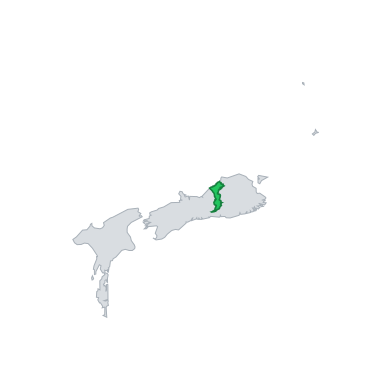 Waitaki District, Canterbury, New Zealand shown in context, rotated 212°
{"feature_id": "76426892B29825208127723", "entity_name": "Waitaki District", "entity_type": "district", "adm_level": 2, "iso_a3": "NZL", "parent_name": "New Zealand", "parent_adm1": "Canterbury", "projection": "mercator", "projection_center": [170.369, -44.682], "detail": "fine", "context": "in_parent", "style": "filled", "palette": "green", "viewbox_px": 384, "rotation_deg": 212, "n_neighbors": 0, "source": "geoboundaries", "source_scale": "gbopen_adm2", "svg_char_len": 7748}
<svg xmlns="http://www.w3.org/2000/svg" viewBox="0 0 384 384"><g transform="rotate(212 192 192)"><path d="M202.8,144.4L204.2,144.5L210.3,139.8L212.8,138.7L213.5,138.6L212.1,140.1L212.4,141.1L211.0,144.3L212.2,143.8L212.9,141.5L213.7,141.1L213.4,139.8L217.1,140.3L215.8,142.5L213.9,143.8L215.1,143.9L217.9,141.6L217.9,143.0L214.3,146.8L215.4,148.9L214.4,150.7L215.5,150.5L216.8,151.8L216.0,153.6L212.1,158.1L211.5,160.4L208.0,164.4L204.1,171.9L196.9,176.7L198.3,178.1L195.8,179.9L197.8,179.6L199.1,182.5L202.3,183.4L202.6,186.2L200.5,187.0L198.4,185.7L195.5,186.2L196.5,185.0L195.2,184.2L193.0,186.6L189.9,183.8L191.6,187.1L185.4,190.7L182.8,191.1L181.8,193.1L180.3,193.2L181.2,193.8L179.2,204.1L177.4,204.1L179.1,205.2L178.8,206.3L176.7,209.3L173.9,217.3L174.9,219.2L174.8,220.5L169.5,222.6L161.7,232.3L154.6,233.7L150.7,232.6L146.0,233.2L145.3,230.5L143.7,229.0L139.6,229.1L137.6,226.1L135.9,225.3L133.9,226.9L127.4,226.6L126.2,226.2L126.0,225.0L128.5,222.0L126.2,223.6L125.3,223.4L126.2,222.1L126.1,220.8L123.4,222.1L123.6,219.5L129.5,217.8L127.2,217.5L127.0,216.6L129.3,214.7L126.3,214.9L126.8,212.6L128.5,212.6L127.9,210.9L131.3,212.6L130.9,211.0L132.2,210.5L129.9,209.4L129.8,207.7L131.0,206.5L132.6,207.0L131.5,205.6L134.4,202.7L135.1,204.9L135.3,201.7L138.9,198.8L140.4,199.9L139.7,197.2L145.9,190.2L149.3,188.3L151.1,188.7L154.3,186.5L155.6,187.3L155.1,185.8L155.5,185.1L163.5,181.1L163.5,179.8L164.3,179.6L163.8,179.3L168.3,174.9L170.2,175.2L169.1,174.0L171.0,172.9L172.8,173.8L171.7,172.4L173.4,171.6L174.3,172.7L174.3,171.1L177.1,167.6L177.6,170.4L177.9,170.0L177.8,167.3L179.7,164.1L181.2,163.4L180.5,162.5L183.3,152.7L186.2,151.5L188.8,148.6L190.6,143.2L191.1,139.1L192.7,136.1L197.1,132.3L200.8,132.3L198.2,132.7L197.9,134.7L198.6,136.4L201.3,137.5L202.8,144.4ZM201.0,41.7L204.9,48.2L206.8,46.2L207.1,47.7L210.9,49.5L211.6,48.9L214.7,50.6L215.2,52.9L217.3,52.1L220.0,57.1L219.5,58.3L220.4,60.1L218.2,60.2L223.1,67.8L222.5,70.5L223.3,72.4L222.1,75.8L224.1,76.8L224.9,76.0L229.0,78.1L230.1,81.3L232.0,81.2L231.3,73.5L230.1,71.5L231.0,70.3L233.6,74.4L234.7,74.2L236.0,77.5L237.3,84.8L239.0,87.0L238.1,86.6L237.9,87.2L238.7,87.9L246.7,91.6L252.7,93.2L256.1,91.7L258.2,88.8L261.5,86.5L264.7,86.7L267.9,88.6L266.2,92.7L264.6,101.7L261.1,104.3L260.4,109.0L261.0,110.8L260.3,112.3L258.9,110.3L255.7,109.8L250.4,112.1L248.9,114.3L248.7,117.2L250.8,119.1L247.5,126.6L245.7,128.8L237.2,143.3L229.2,149.7L228.1,149.1L227.4,146.6L224.0,146.7L224.2,143.8L223.8,143.5L222.5,145.1L221.1,144.6L227.4,134.0L228.5,128.7L227.3,126.0L225.6,123.4L220.3,121.2L217.7,118.6L212.7,116.5L211.2,115.2L210.6,113.6L211.6,110.8L214.3,109.1L218.2,108.0L220.6,105.3L222.0,96.7L223.5,93.6L223.1,91.7L224.6,90.3L222.2,84.9L222.7,83.3L221.9,83.1L220.5,79.6L221.4,79.5L222.3,81.4L223.1,79.8L224.6,79.4L222.8,77.3L220.7,78.0L219.2,77.3L218.0,74.1L215.7,70.6L216.4,70.5L218.3,72.2L218.9,70.8L217.7,68.8L218.2,66.8L216.7,65.7L216.5,66.9L213.9,65.1L212.4,61.9L212.5,63.5L215.4,68.1L214.6,69.1L214.1,68.6L206.4,56.5L209.0,53.2L207.4,53.8L206.0,55.9L205.2,55.0L204.7,53.5L202.8,51.5L203.7,50.3L203.7,48.7L197.9,40.6L202.0,40.2L201.0,41.7ZM140.9,234.8L143.2,238.4L141.9,238.2L142.0,239.0L144.4,239.8L144.3,241.4L135.7,244.7L139.1,238.5L138.9,234.9L140.9,234.8ZM119.6,307.9L120.4,310.4L117.6,309.1L116.1,309.7L118.3,307.3L118.7,304.6L120.7,305.0L119.6,307.9ZM231.6,65.9L232.1,68.2L229.6,66.5L229.5,65.2L230.1,64.4L231.6,65.9ZM212.4,137.8L210.8,138.7L211.2,136.7L213.0,135.4L212.4,137.8ZM126.4,216.8L126.2,218.1L123.8,217.6L125.7,216.1L126.4,216.8ZM155.6,342.4L156.3,343.4L155.0,343.8L153.7,342.3L155.6,342.4ZM129.2,208.7L129.7,210.7L128.2,209.7L129.2,208.7Z" fill="#d9dde1" stroke="#a8b0b8" stroke-width="1"/><path d="M161.8,188.2L161.9,188.4L161.8,188.5L162.0,188.7L161.9,188.8L161.9,189.0L162.0,189.0L161.9,189.1L162.1,189.4L161.8,189.5L161.7,189.5L161.6,189.8L161.6,190.0L161.4,189.9L161.3,190.1L161.4,190.3L161.1,190.5L161.1,190.8L160.9,191.1L160.6,191.3L160.5,191.6L160.4,191.7L160.3,191.8L160.2,191.9L160.2,192.0L160.0,192.3L160.0,192.6L160.3,192.7L160.4,193.0L160.3,193.5L160.4,193.8L160.3,194.0L160.3,194.4L160.4,194.5L160.3,194.8L160.2,195.0L160.2,195.3L160.3,195.4L160.2,195.5L160.0,195.9L160.1,196.1L160.0,196.3L160.3,196.5L160.6,196.5L160.8,196.5L161.1,196.5L161.2,196.8L161.1,197.1L161.1,197.4L161.3,197.5L161.2,197.6L161.3,197.8L161.2,198.1L161.1,198.3L161.2,198.6L161.1,198.8L161.3,198.7L161.6,198.8L161.8,198.9L162.0,198.9L162.1,198.4L162.4,198.6L162.4,198.8L162.5,199.1L162.5,199.5L163.1,199.9L163.3,199.9L163.3,200.0L163.5,200.0L164.1,199.6L164.8,199.8L165.0,200.7L165.1,201.3L165.2,201.5L165.3,201.8L165.4,202.0L165.4,202.4L165.4,202.6L165.6,203.0L165.8,203.2L165.8,203.4L166.2,203.6L166.3,203.9L166.4,204.1L166.3,204.3L166.5,204.4L166.6,204.6L166.8,204.7L167.0,204.6L167.4,204.7L167.6,204.6L167.9,204.6L168.0,204.5L168.4,204.4L168.5,204.2L168.7,204.3L168.9,204.2L169.1,204.2L169.3,204.0L169.5,204.0L169.7,204.4L169.7,204.5L169.8,204.6L169.9,204.8L169.9,205.1L169.6,205.4L169.7,205.7L169.6,206.0L169.8,206.2L169.9,206.5L170.0,206.6L170.1,206.9L170.2,207.0L170.4,207.3L170.3,207.5L170.2,207.6L170.3,207.7L170.5,207.8L170.6,208.0L170.4,208.4L170.4,208.6L170.0,208.6L169.9,208.7L169.8,208.8L170.0,209.0L169.9,209.4L169.7,209.5L169.4,209.6L169.2,209.7L169.2,210.2L170.2,210.2L170.4,210.4L170.4,210.5L170.5,210.6L170.5,210.9L170.4,211.0L170.2,211.2L169.4,211.1L169.4,211.8L168.9,211.6L168.9,213.2L168.6,213.2L168.6,213.3L168.5,213.5L168.2,213.8L168.0,214.2L168.7,214.2L168.9,214.1L169.1,214.1L169.8,214.5L169.7,214.6L169.6,214.9L169.9,215.0L170.0,215.1L170.5,214.5L170.9,214.6L171.1,214.6L171.2,214.3L172.1,214.3L172.1,214.5L172.2,214.8L172.2,215.1L172.3,215.1L172.4,215.3L172.5,215.3L172.8,215.4L173.0,215.3L173.1,215.2L174.0,215.2L174.2,215.3L174.2,215.2L174.4,215.0L174.4,214.9L174.5,214.7L174.8,214.4L175.0,214.2L175.2,213.9L175.3,213.8L175.4,213.7L175.2,213.4L175.3,212.8L175.4,212.6L175.6,212.3L175.8,212.3L175.9,212.1L175.9,211.9L175.8,211.7L175.7,211.7L175.6,211.8L175.5,211.7L175.4,211.6L175.3,211.4L175.3,211.2L175.5,210.7L175.6,210.4L175.8,210.2L175.8,209.8L175.8,209.7L176.0,209.4L176.1,209.2L176.2,208.9L176.3,208.9L176.3,208.7L176.4,208.4L176.5,208.3L176.8,207.9L177.0,207.8L177.2,207.7L177.2,207.4L177.2,207.5L177.1,207.4L177.2,207.2L178.2,206.3L178.4,206.0L178.8,205.3L179.2,204.6L178.8,204.4L178.4,204.5L178.2,204.4L177.8,204.3L177.7,204.2L177.5,204.3L177.1,204.1L176.6,204.0L176.4,204.0L176.3,203.9L176.1,203.8L175.9,203.8L175.7,203.8L175.7,203.7L175.2,203.6L174.1,203.0L173.6,202.9L173.0,202.7L172.4,202.5L172.3,202.3L172.0,202.0L171.7,201.6L171.2,201.1L171.0,200.8L170.9,200.5L170.7,200.5L170.6,200.3L170.1,200.0L170.0,199.9L169.8,200.0L169.7,199.8L169.4,199.5L169.0,199.3L168.7,199.1L168.3,199.1L167.9,198.7L167.7,198.6L167.7,198.4L167.8,198.3L168.0,198.0L167.8,198.0L167.8,197.9L168.0,197.8L167.8,197.7L167.8,197.2L167.9,196.9L168.1,196.9L167.9,196.8L168.1,196.6L168.0,196.2L168.1,195.8L167.9,195.2L167.9,194.7L167.7,194.6L167.4,194.1L166.7,193.6L166.2,193.5L166.1,193.4L165.8,193.3L165.7,193.3L165.4,193.3L165.5,193.2L165.4,193.2L165.2,193.3L164.9,193.5L164.7,193.5L164.7,193.3L164.3,193.4L164.1,193.3L164.0,193.1L164.0,192.8L164.0,192.5L164.0,192.0L163.9,191.8L163.8,191.7L163.6,191.4L163.6,191.2L163.8,190.9L163.9,190.5L163.8,190.3L163.5,190.0L163.4,189.7L163.2,189.3L163.2,189.1L163.3,188.8L163.4,188.5L163.4,188.1L163.6,187.7L163.7,187.4L163.8,187.1L164.2,186.8L164.4,186.3L164.4,186.2L164.5,185.9L164.8,185.6L164.9,185.4L165.0,185.3L164.8,185.3L164.7,185.5L164.3,185.7L164.2,185.8L164.2,186.0L163.9,186.0L163.5,186.4L163.5,186.5L163.4,186.7L163.2,186.7L163.0,186.8L163.0,187.0L162.8,187.0L162.7,187.1L162.6,187.5L162.4,187.6L162.4,187.8L162.2,187.9L162.1,188.1L161.8,188.2Z" fill="#22c55e" stroke="#15803d" stroke-width="1.5"/></g></svg>